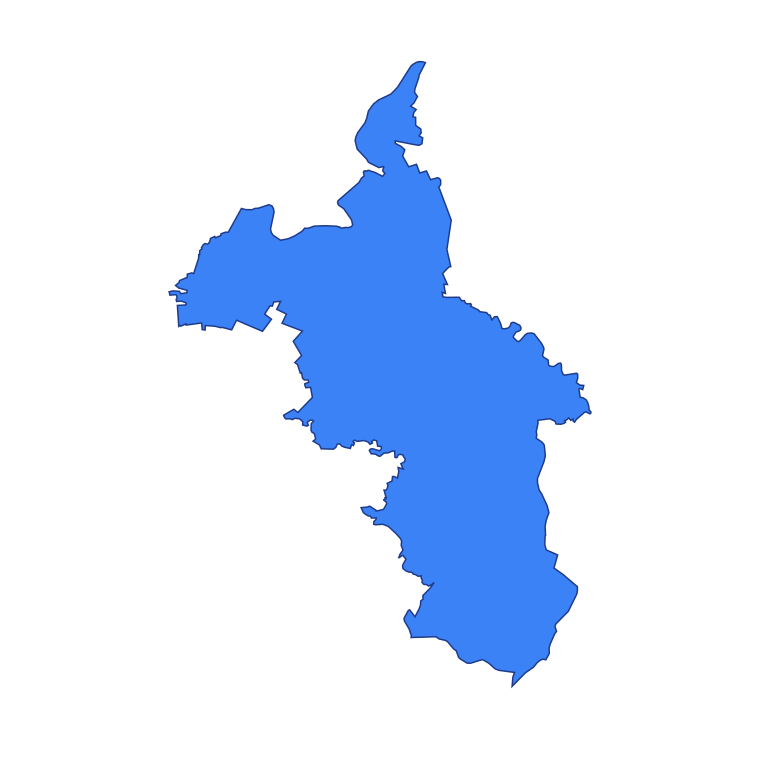 Quoc Oai, Ha Noi, Vietnam (Robinson projection), rotated 263°
{"feature_id": "81297802B41330613652559", "entity_name": "Quoc Oai", "entity_type": "district", "adm_level": 2, "iso_a3": "VNM", "parent_name": "Vietnam", "parent_adm1": "Ha Noi", "projection": "robinson", "projection_center": [105.6, 20.978], "detail": "fine", "context": "isolated", "style": "filled", "palette": "blue", "viewbox_px": 768, "rotation_deg": 263, "n_neighbors": 0, "source": "geoboundaries", "source_scale": "gbopen_adm2", "svg_char_len": 6154}
<svg xmlns="http://www.w3.org/2000/svg" viewBox="0 0 768 768"><g transform="rotate(263 384 384)"><path d="M697.9,464.3L699.2,461.3L699.7,458.1L699.3,455.4L697.6,451.4L696.0,449.3L676.9,433.6L671.0,426.3L666.6,413.2L663.3,407.8L656.9,401.8L649.6,399.1L645.5,396.9L636.8,388.6L632.1,385.9L628.8,385.0L620.4,386.0L609.1,394.3L606.6,395.2L605.3,396.4L599.4,405.4L599.9,409.8L599.5,410.3L596.3,408.8L594.8,409.1L593.1,410.6L590.3,407.9L595.0,401.0L598.1,394.3L597.2,392.7L598.0,391.4L597.8,390.2L596.8,389.4L592.9,389.7L591.1,386.7L587.2,383.9L571.6,360.8L569.7,360.0L567.2,360.6L562.9,365.4L551.1,371.7L545.9,372.3L544.1,370.9L543.6,367.9L544.1,364.3L543.8,360.7L545.3,359.0L546.5,355.6L548.3,344.6L549.2,333.9L547.8,327.8L548.3,324.2L545.8,321.6L542.0,313.7L539.9,306.8L539.3,298.9L545.2,292.0L548.4,290.5L551.8,290.3L567.9,295.8L571.5,295.7L574.4,294.5L576.0,291.6L573.8,280.7L574.0,277.6L573.1,274.1L574.0,267.8L575.6,263.9L553.6,247.9L554.0,245.4L553.0,240.6L551.3,240.1L549.6,234.6L551.1,234.0L549.6,229.5L546.6,228.4L544.7,226.8L544.4,225.6L545.2,223.4L544.1,221.4L541.4,219.4L540.1,219.6L538.9,217.4L534.8,216.7L534.9,215.9L531.4,215.3L516.9,208.6L517.7,206.6L517.0,202.1L513.8,201.7L511.6,193.7L509.7,192.9L507.2,189.1L504.3,191.9L500.9,200.1L498.6,199.4L498.4,193.4L500.9,192.2L502.1,186.2L501.8,182.0L498.3,182.3L498.0,188.5L496.4,189.1L494.1,189.0L493.4,188.0L491.2,188.2L491.0,192.7L488.8,197.2L487.8,197.7L486.6,196.7L487.2,188.5L466.2,187.3L466.9,188.8L466.2,189.5L467.8,194.8L466.6,194.8L466.8,210.4L460.1,210.2L459.4,213.1L463.8,213.6L462.0,223.1L459.8,228.9L459.9,230.4L456.3,239.4L465.3,245.4L451.1,269.8L462.0,280.2L467.9,274.1L475.4,280.3L474.9,282.7L478.9,284.6L478.6,291.4L471.2,286.6L465.3,295.7L456.7,290.2L446.5,309.5L437.4,299.1L422.3,305.7L416.1,298.1L413.7,300.6L405.0,302.2L405.3,303.5L399.5,303.9L397.7,305.5L397.3,309.1L394.9,309.5L393.9,305.4L392.2,305.3L389.8,306.0L389.6,310.7L379.4,311.3L366.3,295.0L369.9,291.4L365.2,280.5L362.4,281.3L361.2,282.5L361.0,286.5L359.8,288.5L360.8,291.3L359.7,296.0L356.4,298.8L353.2,298.2L351.6,302.4L352.2,303.9L355.0,303.2L355.6,303.6L357.2,306.7L356.6,308.9L355.6,309.5L353.6,307.0L347.0,305.9L344.8,306.7L343.3,308.8L338.5,309.4L337.2,308.9L335.9,306.6L331.4,312.5L327.3,313.8L325.5,326.0L326.9,328.4L329.9,330.2L330.0,331.6L329.8,333.0L327.6,334.4L326.2,336.8L324.1,342.7L327.7,344.5L326.7,346.2L329.2,347.5L330.4,346.1L331.9,347.9L330.3,350.4L330.3,357.2L328.5,361.0L325.8,362.8L326.9,365.4L328.4,364.6L329.7,367.0L328.6,369.8L323.1,370.1L322.2,373.7L320.4,373.5L319.2,372.9L318.3,371.3L321.1,364.9L321.1,362.6L319.9,361.3L316.3,362.8L315.4,367.1L313.5,369.2L312.7,371.2L315.3,375.4L315.2,379.9L316.4,383.9L316.2,386.4L309.9,385.9L309.3,387.4L309.6,388.1L311.9,389.5L312.2,391.6L311.1,394.3L309.6,394.4L307.0,395.9L304.4,395.0L302.8,391.0L297.2,392.7L299.5,387.8L295.3,388.0L289.1,385.9L291.0,382.7L291.1,381.2L286.7,380.1L285.0,375.0L282.6,375.6L279.4,374.1L278.4,373.1L278.7,371.1L270.8,372.3L270.3,372.2L270.9,371.1L269.5,371.0L269.3,369.7L268.6,369.7L266.6,371.8L264.8,372.1L259.6,368.2L258.8,360.7L259.8,360.6L264.5,354.8L263.9,352.6L264.1,346.2L258.8,347.9L257.7,348.9L254.9,352.4L254.5,354.4L252.5,355.2L252.0,360.0L250.6,359.6L248.6,357.1L246.0,356.7L245.3,358.4L244.9,365.7L242.2,370.8L234.0,377.8L228.2,381.7L225.9,382.3L221.5,381.4L217.4,382.5L216.2,382.1L213.3,379.3L209.9,377.5L209.8,378.2L211.4,380.6L211.6,381.9L207.4,384.4L202.8,381.0L200.8,380.2L198.4,380.4L195.9,382.9L194.3,385.7L193.8,388.7L191.7,389.9L191.1,391.8L189.0,394.5L189.0,397.6L186.6,397.2L184.7,398.2L182.5,397.5L180.4,399.0L179.5,402.2L178.0,403.6L178.8,406.5L181.0,409.7L175.8,405.0L169.3,396.8L165.6,396.5L164.3,394.1L160.0,393.2L156.6,391.5L149.2,386.4L156.8,381.9L156.1,380.4L149.1,375.4L146.6,375.3L137.7,379.1L131.0,380.5L129.1,380.0L126.8,404.8L124.2,407.7L122.0,413.8L120.7,415.5L112.3,421.0L110.5,423.2L103.7,424.7L101.5,426.5L96.8,432.5L96.3,436.0L98.3,446.8L98.2,448.5L94.3,453.8L87.8,459.5L85.8,463.1L81.8,478.4L77.4,476.2L68.3,474.3L80.0,489.0L84.7,497.9L88.7,502.0L91.0,505.8L91.5,508.6L90.5,511.0L96.4,515.2L102.0,515.7L106.0,517.5L115.3,523.0L117.4,525.1L122.8,524.1L125.0,525.5L136.0,539.3L152.1,549.8L155.3,550.8L159.3,551.2L173.2,538.4L180.6,530.3L193.2,535.5L199.5,524.9L204.7,524.0L213.7,525.4L214.0,525.9L223.3,526.6L229.0,528.4L236.2,532.0L243.3,531.1L255.8,527.1L259.7,525.1L267.1,524.3L271.5,524.8L287.4,533.3L293.1,535.4L303.7,535.6L305.0,535.1L307.4,533.4L311.6,528.5L314.8,529.4L318.1,529.3L326.3,532.1L329.2,532.3L329.3,544.3L326.2,549.2L323.3,549.9L322.5,554.7L323.0,557.9L324.0,559.6L325.5,558.7L326.3,561.3L327.8,563.1L325.2,564.9L326.1,567.3L324.2,567.2L322.9,568.5L325.5,570.8L331.4,579.5L331.7,581.1L329.3,584.7L329.7,585.6L330.9,586.0L333.4,584.4L336.1,584.6L341.0,583.9L343.8,582.6L346.0,580.0L347.0,577.1L355.3,576.8L355.6,578.0L354.2,580.5L358.2,582.1L359.1,578.2L362.0,575.1L366.1,577.0L370.2,577.4L371.2,576.5L370.8,564.8L371.4,563.1L375.5,561.9L382.1,562.4L383.2,561.8L383.2,559.7L380.6,554.7L381.5,550.9L382.6,549.7L387.8,549.8L391.4,545.5L392.8,544.8L399.1,547.0L400.9,546.9L404.9,545.4L415.5,539.2L416.7,536.7L416.8,532.5L415.6,530.1L410.5,524.5L409.8,522.6L410.2,521.5L414.3,518.2L415.7,518.2L419.4,521.3L420.1,524.5L421.2,526.4L423.3,526.8L425.7,525.9L429.1,520.9L429.5,519.0L429.1,517.7L425.8,516.0L424.4,513.9L424.1,510.1L424.7,507.9L430.7,506.9L437.1,504.6L437.3,501.9L434.5,498.9L439.5,497.6L439.8,496.1L442.4,494.5L444.1,487.8L445.9,486.8L450.7,479.4L452.1,480.4L453.3,479.7L453.4,476.4L454.1,474.9L457.0,473.9L457.2,471.1L460.9,469.2L462.4,456.5L463.3,453.2L467.9,452.9L466.4,456.0L475.7,455.5L475.0,459.1L486.5,455.6L492.1,462.4L492.4,464.6L509.8,462.8L538.5,470.7L572.8,462.4L574.9,464.5L579.3,465.1L581.3,464.0L582.2,462.3L581.1,455.1L590.3,452.1L589.1,445.2L598.1,443.0L596.6,435.0L608.0,430.3L613.9,433.2L617.7,430.0L621.5,424.5L623.9,424.8L617.0,446.2L616.7,448.2L617.9,451.0L623.6,452.4L626.0,449.1L628.9,451.6L632.7,451.5L636.8,447.0L644.8,447.9L645.7,445.3L649.8,446.7L652.5,449.4L656.5,444.3L659.4,448.1L665.3,452.3L669.6,449.9L673.0,450.6L684.2,456.0L686.2,456.4L697.9,464.3Z" fill="#3b82f6" stroke="#1e3a8a" stroke-width="1.5"/></g></svg>